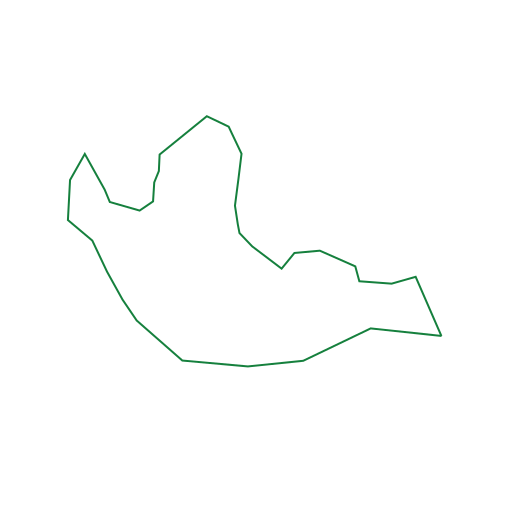 Yeonje-gu, Busan, South Korea (Albers equal-area conic projection), rotated 196°
{"feature_id": "91817680B90297389150949", "entity_name": "Yeonje-gu", "entity_type": "district", "adm_level": 2, "iso_a3": "KOR", "parent_name": "South Korea", "parent_adm1": "Busan", "projection": "albers", "projection_center": [129.072, 35.172], "detail": "fine", "context": "isolated", "style": "outline", "palette": "green", "viewbox_px": 512, "rotation_deg": 196, "n_neighbors": 0, "source": "geoboundaries", "source_scale": "gbopen_adm2", "svg_char_len": 629}
<svg xmlns="http://www.w3.org/2000/svg" viewBox="0 0 512 512"><g transform="rotate(196 256 256)"><path d="M56.7,230.1L56.8,230.4L56.3,230.9L96.8,280.0L118.0,266.8L149.7,260.2L157.7,273.4L196.1,278.7L219.9,269.5L227.9,250.9L262.3,264.2L278.2,273.5L282.2,281.4L290.1,298.6L294.1,325.1L298.1,350.3L313.1,367.3L317.9,372.8L341.8,376.8L376.6,327.0L376.6,326.9L372.8,310.9L374.1,298.7L370.0,280.1L380.4,267.6L411.4,267.6L419.7,278.0L448.7,306.9L455.7,277.8L446.7,238.7L417.6,225.7L394.9,199.9L372.3,177.3L352.9,161.1L298.0,135.2L233.4,147.6L181.7,168.3L125.8,218.0L56.7,230.1Z" fill="none" stroke="#15803d" stroke-width="2"/></g></svg>